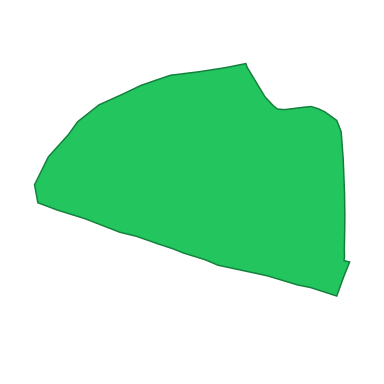 Tokelau, Tuvalu, rotated 263°
{"feature_id": "33948139B19448829688587", "entity_name": "Tokelau", "entity_type": "district", "adm_level": 2, "iso_a3": "TUV", "parent_name": "Tuvalu", "parent_adm1": "", "projection": "natural_earth1", "projection_center": [176.32, -6.281], "detail": "fine", "context": "isolated", "style": "filled", "palette": "green", "viewbox_px": 384, "rotation_deg": 263, "n_neighbors": 0, "source": "geoboundaries", "source_scale": "gbopen_adm2", "svg_char_len": 747}
<svg xmlns="http://www.w3.org/2000/svg" viewBox="0 0 384 384"><g transform="rotate(263 192 192)"><path d="M255.3,333.7L259.2,327.6L262.3,320.7L262.5,315.0L262.5,308.2L262.5,301.2L262.5,293.8L263.9,287.0L267.3,283.5L277.6,276.0L308.9,262.0L312.9,261.1L311.3,239.0L310.5,212.4L310.5,184.8L307.7,171.4L304.1,154.5L297.0,133.3L289.9,110.4L275.6,86.9L264.2,76.5L244.4,53.7L218.4,36.6L200.1,37.7L190.5,56.0L178.6,82.4L160.8,115.5L154.9,131.2L144.4,152.4L138.2,165.7L132.4,176.2L123.2,196.7L116.1,209.0L99.6,256.6L86.9,285.4L82.8,297.8L71.1,323.0L89.1,332.1L103.3,339.9L105.4,334.5L109.1,335.5L116.6,336.2L131.0,338.3L150.5,340.9L171.7,343.2L206.1,346.1L233.6,347.4L245.3,344.4L255.3,333.7Z" fill="#22c55e" stroke="#15803d" stroke-width="1.5"/></g></svg>